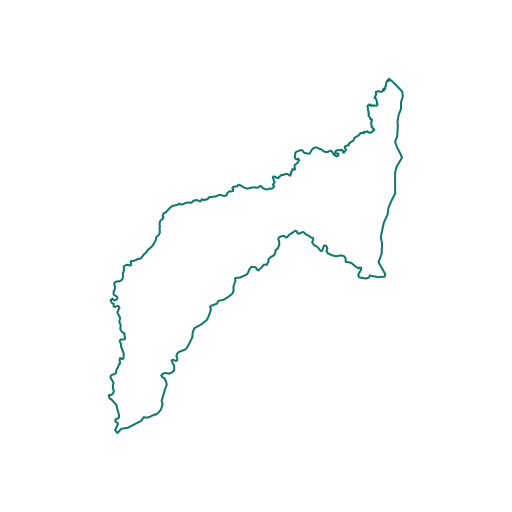 outline of San Ramon, Canelones, Uruguay, rotated 331°
{"feature_id": "84410073B4284999044109", "entity_name": "San Ramon", "entity_type": "district", "adm_level": 2, "iso_a3": "URY", "parent_name": "Uruguay", "parent_adm1": "Canelones", "projection": "orthographic", "projection_center": [-55.941, -34.32], "detail": "fine", "context": "isolated", "style": "outline", "palette": "teal", "viewbox_px": 512, "rotation_deg": 331, "n_neighbors": 0, "source": "geoboundaries", "source_scale": "gbopen_adm2", "svg_char_len": 6104}
<svg xmlns="http://www.w3.org/2000/svg" viewBox="0 0 512 512"><g transform="rotate(331 256 256)"><path d="M458.3,165.8L457.6,166.6L457.2,165.9L456.8,166.0L456.3,167.0L455.2,166.5L453.0,168.7L452.4,170.0L451.1,170.5L450.1,172.4L449.2,172.6L448.9,171.7L447.9,171.9L448.0,172.9L447.6,173.4L445.0,173.0L443.6,172.0L443.2,171.2L440.3,170.7L439.5,172.8L437.0,174.7L437.0,175.5L436.6,175.6L436.9,175.9L437.1,176.7L436.5,180.3L435.7,180.9L435.9,181.9L435.4,182.8L433.7,182.8L432.6,181.8L431.6,181.5L431.1,180.7L429.7,180.7L429.4,180.3L429.5,179.2L428.5,178.4L427.9,179.0L427.0,178.6L426.0,179.2L425.6,180.8L424.6,182.7L424.7,183.8L423.9,184.6L423.9,186.1L422.4,188.0L422.8,190.5L422.4,191.7L423.2,192.2L423.5,193.0L423.1,193.6L422.0,194.3L422.0,194.9L420.9,195.8L420.7,197.1L419.6,198.9L420.3,200.0L419.9,201.1L420.7,202.6L420.4,203.0L416.9,203.8L415.9,203.7L414.2,202.3L414.0,201.1L412.7,200.9L410.9,199.8L410.0,200.8L408.2,199.5L406.7,199.1L405.5,199.9L403.3,200.3L399.7,200.3L397.5,202.0L396.5,202.4L394.3,202.3L393.3,202.7L392.2,202.5L390.6,204.1L389.3,203.5L387.1,203.3L386.5,203.7L386.1,204.7L386.1,206.9L382.8,208.2L382.5,207.6L383.0,206.3L382.6,204.8L382.2,204.5L381.3,204.8L379.8,203.4L377.6,202.7L376.0,203.2L375.2,204.6L375.6,205.2L377.4,206.0L377.6,206.5L377.2,207.4L375.9,208.2L374.8,207.8L373.3,205.5L373.1,201.9L372.6,200.3L372.0,199.9L368.9,199.7L367.0,198.6L365.4,196.3L364.8,194.4L362.6,192.1L361.7,190.4L360.1,189.7L358.4,189.6L355.6,190.5L352.7,192.4L351.6,192.1L348.5,189.4L347.9,188.2L347.7,185.9L346.3,185.1L341.9,184.4L340.5,184.8L337.6,188.8L338.1,191.0L340.1,191.5L340.2,193.1L336.7,194.9L334.0,195.2L332.8,196.8L332.6,198.4L332.1,199.1L331.2,199.0L330.0,197.7L329.2,198.8L327.0,199.8L326.5,201.3L324.9,202.2L324.2,201.7L323.5,199.7L320.7,198.3L319.2,198.5L317.4,197.4L315.9,198.0L314.5,197.9L313.8,198.6L312.9,198.7L310.5,195.3L309.5,194.9L308.5,195.9L308.8,197.2L308.1,198.4L308.4,199.8L308.2,200.4L305.5,201.8L305.3,202.2L305.7,203.6L305.3,204.1L302.8,204.9L302.1,204.7L301.1,203.7L298.3,203.3L296.9,202.6L294.8,199.7L294.5,197.8L294.0,197.0L293.2,196.7L292.0,197.2L289.6,196.6L288.3,195.4L286.3,194.4L281.0,192.8L278.6,190.2L276.3,186.1L275.3,185.2L273.6,185.9L269.6,184.5L268.2,185.2L268.2,187.3L267.5,187.9L265.7,187.6L265.0,186.9L263.4,186.6L261.3,187.1L259.8,188.6L258.6,188.6L256.8,187.6L253.6,184.7L249.7,184.4L243.7,181.9L240.8,182.9L240.0,182.3L237.7,182.0L236.1,180.2L234.0,181.2L232.7,180.3L232.0,179.0L231.0,178.1L230.1,178.1L228.8,177.4L227.0,177.5L225.9,178.1L224.5,177.8L223.2,176.7L221.3,175.7L219.3,175.3L217.6,175.5L216.2,175.0L215.1,174.3L214.7,173.3L214.3,173.0L212.1,173.2L207.3,171.7L204.4,172.1L198.2,174.1L195.7,174.0L194.0,175.4L193.7,176.1L193.9,177.1L193.3,177.9L189.1,179.0L187.0,181.3L186.4,183.5L185.1,184.9L183.5,188.5L181.2,190.5L178.1,191.0L176.7,192.8L174.8,194.4L171.5,196.3L169.3,197.3L164.0,198.4L161.0,199.9L159.3,200.0L155.0,202.0L153.4,202.3L151.4,201.4L146.2,201.0L144.9,200.0L144.3,199.9L143.4,200.6L142.9,202.7L141.6,203.5L138.8,201.0L135.6,201.0L135.0,201.4L133.9,204.1L131.0,206.9L129.8,209.3L128.1,211.4L126.1,212.0L124.1,211.9L122.0,210.8L121.1,210.7L119.5,210.8L118.7,211.3L117.9,213.5L117.9,214.5L116.3,216.7L113.9,218.5L113.0,220.1L113.0,221.1L114.6,224.2L114.6,225.2L114.2,225.8L113.1,226.5L110.8,226.2L110.2,225.6L109.7,223.7L107.6,224.0L107.2,225.4L107.3,227.5L108.2,229.0L107.3,230.4L107.1,231.3L108.1,232.2L110.8,232.5L111.3,232.8L111.5,234.5L111.3,235.3L107.7,237.7L107.2,238.7L107.3,243.0L107.0,244.6L105.0,246.6L104.2,248.4L104.4,249.7L103.9,251.3L102.0,253.8L101.8,255.3L102.3,258.3L103.3,259.8L102.2,262.3L101.9,264.0L101.4,264.8L100.7,265.0L99.9,265.0L97.3,263.5L95.8,263.9L95.4,264.7L95.4,266.8L94.1,269.8L93.0,277.2L90.4,281.3L89.4,281.6L88.9,281.2L88.1,279.6L87.3,279.5L86.0,281.4L85.0,284.2L83.8,284.2L81.7,286.1L78.8,287.9L76.9,290.3L75.1,290.8L72.7,290.1L71.0,290.4L70.3,291.1L69.7,292.0L70.0,297.3L69.7,298.1L68.1,299.7L66.5,302.7L66.5,304.7L65.7,305.8L63.8,307.2L61.9,307.3L60.3,306.4L59.3,307.1L59.0,309.8L60.0,311.3L61.5,317.7L61.4,319.9L60.7,321.6L59.3,328.1L58.5,329.9L57.6,330.9L56.6,331.2L54.9,330.6L53.4,331.2L53.0,331.9L52.9,332.9L54.0,334.8L53.7,336.1L48.4,339.9L48.5,341.9L49.2,343.7L54.3,341.8L60.7,344.1L75.8,344.5L77.7,343.4L79.9,342.6L81.3,344.0L84.2,345.1L90.6,345.4L91.2,346.2L94.9,345.6L98.6,344.1L102.6,340.1L103.1,337.1L112.0,328.3L115.6,325.2L116.5,322.2L116.6,318.5L115.5,316.8L115.2,314.6L116.4,314.0L118.4,313.9L119.8,314.2L122.7,316.6L125.1,317.2L128.7,316.6L130.2,314.3L131.2,312.0L131.2,308.6L131.7,306.4L133.1,306.5L135.1,308.9L136.4,309.0L137.6,307.2L138.0,304.7L139.8,303.2L142.1,302.6L149.2,303.5L151.6,302.5L160.6,296.5L163.9,291.8L167.4,289.2L174.9,289.3L182.1,288.0L184.8,286.2L190.6,281.1L191.3,278.1L192.8,277.8L198.6,278.7L201.4,277.0L206.7,278.6L212.2,278.3L217.3,277.4L219.7,275.2L221.5,271.7L225.9,267.8L226.7,265.5L228.0,265.5L231.4,267.1L239.2,267.7L240.8,266.8L244.3,264.1L246.8,263.2L250.2,265.7L250.4,268.6L250.9,269.7L256.4,268.4L258.6,267.3L261.3,268.9L264.4,266.6L265.5,264.8L268.0,264.1L272.0,264.1L274.3,262.7L276.0,260.5L278.6,260.0L281.9,257.3L283.5,254.1L283.4,252.3L285.3,250.8L289.1,251.3L290.8,252.8L291.3,254.4L292.4,254.7L295.0,253.6L302.7,253.0L303.5,254.1L303.4,256.5L303.9,257.1L308.8,257.8L309.4,258.7L309.9,260.9L312.2,264.2L312.9,266.3L314.5,267.8L314.4,268.9L311.6,271.5L312.1,274.8L313.7,277.1L314.5,279.4L315.0,282.8L316.3,283.5L320.5,279.9L322.0,280.7L322.3,282.6L322.0,284.2L319.9,286.1L320.2,288.5L322.9,292.3L325.7,294.9L330.8,296.8L332.8,298.6L333.2,300.5L333.0,302.4L331.8,303.7L331.9,304.9L334.1,306.4L336.1,308.5L337.9,313.4L339.8,316.6L341.4,316.4L342.1,317.3L341.0,319.1L338.3,320.6L336.1,322.3L336.0,324.8L341.1,328.9L344.1,329.6L346.1,328.3L352.8,333.9L358.6,336.4L360.2,334.6L360.2,320.7L366.9,315.1L372.3,306.1L374.3,300.0L384.0,288.8L391.3,283.4L395.0,278.2L402.0,272.8L408.0,268.8L418.3,250.1L422.8,245.7L431.3,240.8L431.9,236.3L432.0,230.0L433.0,223.6L437.6,219.7L443.2,210.8L444.8,207.1L449.3,201.6L454.0,197.8L457.5,191.7L461.9,187.4L463.6,183.1L460.2,170.2L458.3,165.8Z" fill="none" stroke="#0f766e" stroke-width="2"/></g></svg>